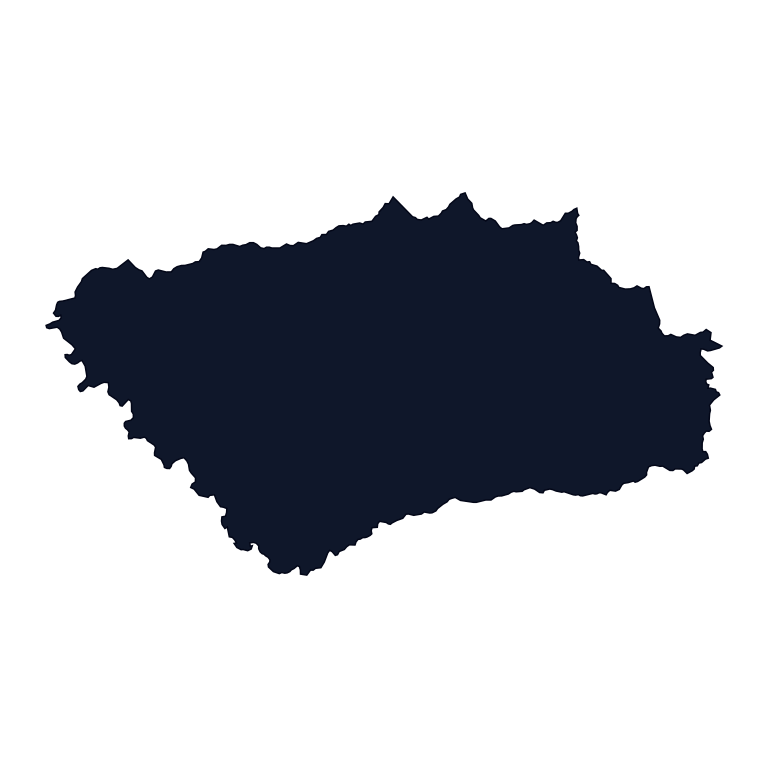 outline of Quaraí, Rio Grande do Sul, Brazil
{"feature_id": "56859067B66093253937980", "entity_name": "Quaraí", "entity_type": "district", "adm_level": 2, "iso_a3": "BRA", "parent_name": "Brazil", "parent_adm1": "Rio Grande do Sul", "projection": "robinson", "projection_center": [-56.156, -30.292], "detail": "fine", "context": "isolated", "style": "filled", "palette": "ink", "viewbox_px": 768, "rotation_deg": 0, "n_neighbors": 0, "source": "geoboundaries", "source_scale": "gbopen_adm2", "svg_char_len": 6067}
<svg xmlns="http://www.w3.org/2000/svg" viewBox="0 0 768 768"><path d="M393.1,196.9L389.0,203.8L385.2,203.6L383.2,207.4L379.1,211.9L378.9,214.6L375.6,216.3L371.9,221.3L365.2,222.0L363.1,224.1L359.7,223.0L352.9,224.2L350.8,225.5L348.9,224.2L346.4,226.2L343.2,225.6L338.9,225.9L336.1,227.6L333.1,230.1L328.6,231.4L326.4,234.5L321.9,234.6L320.3,237.4L316.6,238.4L313.5,240.7L306.5,243.7L298.2,242.4L293.4,245.7L290.0,245.5L286.5,244.0L279.9,248.0L271.8,248.0L269.3,247.2L266.5,247.2L264.1,248.6L260.6,247.8L256.8,244.4L253.5,242.7L249.7,242.7L245.9,244.7L242.8,245.2L239.7,246.5L232.9,244.4L229.6,244.4L226.1,245.4L221.7,245.3L217.0,248.9L214.0,249.5L208.2,248.8L205.3,251.3L203.1,252.1L201.7,257.9L199.2,261.6L195.3,261.9L192.8,263.5L185.1,265.4L181.5,265.5L177.1,266.7L173.8,268.7L171.3,271.9L166.1,272.0L158.3,270.0L155.5,271.0L152.4,277.0L149.4,278.9L146.8,277.3L142.0,270.9L138.9,269.8L135.3,267.5L128.1,259.9L117.1,268.4L112.7,269.3L109.1,268.3L102.4,267.5L100.0,267.8L97.9,269.2L95.6,268.7L91.5,270.4L82.4,278.6L81.4,281.7L77.6,287.0L75.1,292.0L75.5,295.5L74.9,298.0L62.7,301.1L59.4,301.4L57.7,302.3L56.6,304.9L55.5,310.2L53.5,313.1L56.0,316.3L58.6,316.4L60.7,315.1L61.2,317.7L59.0,320.4L52.6,322.2L49.9,323.9L46.1,325.4L46.7,327.7L49.3,328.6L57.2,327.2L59.8,329.1L61.6,332.1L63.6,338.2L71.9,344.7L75.4,348.8L71.4,354.6L69.1,355.2L67.2,354.5L65.1,354.7L65.3,357.5L69.4,361.8L71.9,363.7L74.8,364.1L77.6,362.9L79.9,361.1L82.0,360.5L85.2,366.2L86.9,376.4L85.7,379.2L82.2,382.7L79.9,384.1L77.9,386.4L78.7,389.6L80.3,391.5L82.9,390.9L88.1,385.5L94.0,387.2L101.0,383.4L104.0,382.3L108.3,382.6L108.9,387.2L107.9,391.8L109.1,394.7L116.6,399.7L119.1,402.8L120.1,405.6L122.2,406.1L128.3,399.5L130.8,400.9L131.5,403.5L131.6,411.3L133.3,414.0L133.4,417.6L130.9,420.2L125.6,421.5L124.3,423.2L124.3,426.0L125.5,428.2L127.5,429.8L129.2,432.0L128.3,435.9L128.7,438.7L131.6,438.6L133.6,437.4L140.4,438.2L144.4,437.1L146.4,438.4L147.4,440.6L154.1,445.0L155.6,447.2L154.5,452.8L154.6,455.4L161.3,459.4L164.0,464.9L164.4,467.4L166.7,468.4L169.6,468.5L171.1,466.5L172.0,463.7L175.5,460.7L180.8,458.4L184.0,457.7L186.8,460.8L188.5,464.2L189.5,470.4L191.3,473.1L195.5,477.8L195.4,481.9L192.1,484.1L190.7,487.5L194.1,489.1L199.1,495.3L208.1,497.3L209.7,495.4L214.4,494.8L216.9,501.7L220.5,506.7L223.4,507.2L226.8,508.5L226.6,512.5L225.5,516.2L221.9,516.9L221.5,521.0L222.1,524.5L224.9,528.5L227.3,527.0L229.3,536.8L232.4,537.4L234.7,539.9L236.5,543.0L234.1,543.4L236.9,547.5L241.1,549.7L243.2,549.5L247.7,550.7L251.2,549.0L252.3,545.7L250.3,546.3L249.7,542.9L253.4,542.4L256.2,543.2L258.7,545.9L258.7,548.8L260.2,551.9L262.2,553.7L264.0,554.2L265.6,555.8L268.1,557.3L270.0,559.9L269.7,562.1L268.1,564.4L268.5,567.0L273.4,571.6L279.3,573.6L281.8,572.5L284.7,573.2L287.1,572.9L289.8,571.6L291.4,569.8L293.9,568.6L297.4,565.7L299.4,566.6L300.4,569.9L300.5,574.1L306.8,575.1L310.5,570.1L313.3,570.1L315.5,568.3L320.9,567.7L324.3,562.0L327.8,552.8L329.7,550.3L332.2,551.7L335.3,555.4L337.5,554.7L339.2,551.5L344.3,549.5L346.7,546.7L349.4,544.8L355.0,545.0L356.0,541.9L358.0,539.4L360.3,539.1L362.7,537.6L364.9,537.6L367.1,537.0L370.1,535.4L371.8,533.8L371.2,530.7L372.0,527.7L377.3,527.3L377.7,523.7L379.6,521.3L386.3,522.5L388.3,523.9L390.4,524.3L392.1,522.9L396.9,520.4L402.8,518.3L406.0,514.2L408.5,514.0L413.7,515.3L421.5,514.0L424.2,512.0L429.7,513.0L432.1,512.8L435.9,510.9L437.6,508.5L443.0,504.2L447.1,501.8L449.0,499.4L451.9,498.3L455.2,497.4L460.4,500.4L473.4,502.3L476.4,502.3L485.7,500.0L491.0,500.0L495.4,496.9L498.2,496.0L501.7,495.9L508.4,494.0L511.3,492.1L513.9,491.3L516.1,491.8L522.2,491.3L524.0,489.8L529.9,487.6L534.6,489.1L539.6,492.5L543.0,492.8L544.4,490.3L549.8,489.0L552.6,489.6L556.0,491.0L561.8,492.2L564.1,491.7L573.3,494.8L575.5,495.1L578.4,494.6L580.3,495.7L582.7,495.9L592.8,493.4L595.0,494.0L596.9,493.8L598.9,492.8L601.1,492.8L606.1,494.8L607.4,492.5L609.8,490.3L615.6,491.1L619.3,489.4L621.8,485.0L623.7,483.3L628.2,482.6L633.5,481.0L635.1,482.2L637.6,481.5L644.7,477.1L646.6,474.9L646.5,472.4L648.5,466.9L651.6,465.6L655.1,465.2L659.9,466.3L662.7,466.1L669.8,470.4L672.9,470.5L675.2,468.9L681.5,469.0L683.4,469.8L687.1,473.5L692.3,470.7L694.2,469.0L694.6,466.2L697.3,465.8L698.8,463.1L701.6,462.5L705.5,459.1L708.3,458.2L707.4,454.3L705.7,451.6L702.9,451.7L702.1,448.8L702.2,442.8L703.3,439.3L702.6,435.8L704.3,433.1L706.2,431.1L709.1,431.3L711.5,429.3L710.0,425.6L709.1,421.1L709.6,413.7L710.4,410.3L709.5,405.1L713.7,399.9L719.8,395.0L718.5,392.6L716.3,391.9L715.4,389.4L710.3,388.1L707.9,388.3L708.8,384.9L706.8,384.1L705.8,382.0L706.1,379.2L711.4,378.6L713.0,377.3L711.5,372.1L713.4,370.3L713.2,367.5L707.8,363.1L700.3,355.5L700.2,352.6L701.1,348.9L703.7,349.2L707.6,350.9L710.5,350.5L719.5,347.9L721.9,346.1L710.1,340.2L711.0,332.6L706.2,329.5L703.0,332.2L700.4,332.4L695.1,335.3L687.4,333.9L683.7,335.3L680.6,337.4L676.3,336.9L670.8,334.4L668.2,335.8L664.4,335.9L662.0,333.3L661.0,330.9L658.2,328.1L659.6,323.9L659.7,320.2L654.4,307.8L649.0,286.7L646.4,286.8L643.9,288.6L641.5,288.3L637.0,285.9L634.1,287.8L630.3,288.9L625.2,289.1L618.8,287.4L617.7,285.3L614.7,283.5L611.0,283.3L611.0,278.6L603.7,270.3L601.7,270.4L597.0,266.1L590.9,264.3L589.6,261.7L586.9,262.0L583.7,259.6L578.8,260.0L578.5,257.4L579.7,253.1L578.7,250.1L578.6,246.4L577.9,242.7L576.3,241.0L577.4,237.8L576.5,235.0L575.1,232.1L577.1,230.4L577.1,226.4L575.7,222.8L576.1,218.6L577.3,216.7L578.8,215.3L577.6,213.4L576.8,208.2L573.9,209.5L572.0,211.3L568.2,213.3L565.3,213.3L560.7,220.7L557.9,222.3L555.9,222.4L553.1,221.3L550.7,222.7L546.7,222.9L543.2,225.3L534.1,220.1L531.8,222.6L530.0,223.7L526.5,224.4L524.1,223.7L521.4,224.6L514.7,225.0L512.7,225.5L509.1,227.9L502.0,228.8L499.6,226.9L495.3,221.0L490.9,218.4L488.9,218.4L485.8,221.0L480.2,217.8L478.7,215.4L473.6,210.0L472.6,207.9L471.8,203.3L467.7,199.0L465.1,192.9L460.6,194.4L459.5,197.0L456.0,199.0L449.9,204.3L448.5,207.0L446.2,209.6L442.5,211.0L441.3,213.2L438.4,216.1L433.8,216.4L428.7,219.1L427.0,217.3L421.3,220.0L417.2,219.4L415.4,217.6L412.6,216.8L393.1,196.9Z" fill="#0f172a" stroke="#020617" stroke-width="1.5"/></svg>